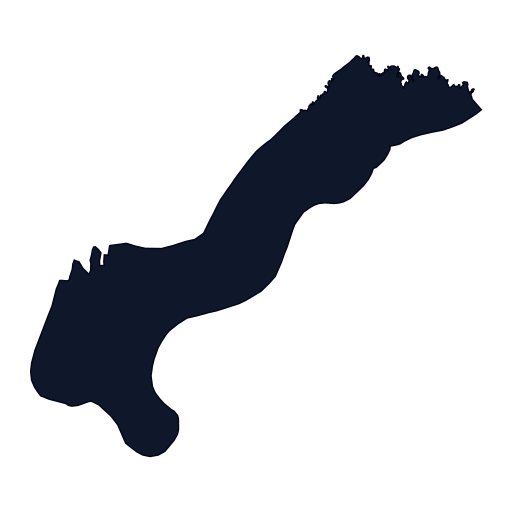 the district of Hadxaifong, Vientiane [prefecture], Laos
{"feature_id": "54806243B62960887748037", "entity_name": "Hadxaifong", "entity_type": "district", "adm_level": 2, "iso_a3": "LAO", "parent_name": "Laos", "parent_adm1": "Vientiane [prefecture]", "projection": "equal_earth", "projection_center": [102.809, 17.911], "detail": "fine", "context": "isolated", "style": "filled", "palette": "ink", "viewbox_px": 512, "rotation_deg": 0, "n_neighbors": 0, "source": "geoboundaries", "source_scale": "gbopen_adm2", "svg_char_len": 5762}
<svg xmlns="http://www.w3.org/2000/svg" viewBox="0 0 512 512"><path d="M429.5,67.1L428.7,67.4L428.2,68.2L429.3,69.8L429.3,70.4L428.5,72.6L428.2,75.0L428.0,75.7L427.4,76.6L426.8,76.9L426.1,77.0L425.5,76.6L425.1,76.6L423.8,77.4L423.6,77.3L423.4,76.8L423.5,76.0L423.3,75.6L421.8,74.4L421.4,74.6L421.3,75.1L422.0,76.7L421.7,77.1L421.3,77.0L421.1,76.5L420.8,76.4L420.2,77.2L419.9,77.1L419.8,76.2L418.7,75.9L418.4,75.4L418.5,74.5L419.1,73.0L418.9,72.0L418.2,71.1L415.6,69.8L414.6,69.8L414.2,70.1L413.3,73.0L412.7,74.3L412.2,75.0L412.0,75.8L412.1,76.5L413.7,80.0L413.8,81.1L413.6,81.3L413.0,81.1L412.6,80.6L412.4,79.3L411.6,77.3L411.1,76.3L410.2,75.3L409.3,75.2L408.0,75.9L407.6,76.7L407.7,78.1L408.0,78.8L409.0,80.0L409.2,80.7L408.9,81.2L408.6,82.9L408.2,83.6L407.7,83.7L406.9,82.4L406.4,82.0L406.0,82.3L405.0,84.3L404.2,87.8L403.9,88.0L403.2,86.9L400.6,84.8L400.5,84.4L401.1,84.3L401.3,84.1L401.2,83.5L400.8,83.1L400.6,81.9L401.1,80.7L402.2,79.2L403.4,79.1L403.7,78.7L403.6,78.2L401.4,76.1L401.0,75.3L400.7,73.8L399.7,72.6L399.3,72.6L398.7,73.0L398.0,74.4L398.6,75.9L398.5,76.6L398.0,76.9L396.9,76.6L396.7,76.1L397.7,73.0L397.8,71.9L398.8,70.9L399.4,69.0L399.2,68.7L398.4,68.3L398.2,67.9L398.3,67.0L397.9,66.5L397.1,67.4L395.9,67.2L394.9,66.5L393.7,66.0L391.6,66.1L390.7,66.5L390.3,67.3L389.9,67.4L389.5,67.3L388.3,66.4L387.9,66.5L387.8,66.9L388.1,67.4L388.6,67.8L388.7,68.3L388.6,69.2L387.7,70.4L387.4,70.2L387.3,69.8L387.1,69.4L385.9,69.7L385.5,69.2L385.1,69.2L384.8,69.5L384.2,72.8L383.8,73.1L383.3,72.9L382.9,72.9L382.4,74.4L382.0,74.5L381.7,74.0L381.2,73.8L380.9,74.1L380.5,75.5L379.9,75.9L379.6,75.6L379.7,74.4L379.5,73.8L379.2,73.7L378.9,73.9L378.8,74.9L378.2,75.6L377.5,74.8L377.4,73.6L377.1,73.1L375.2,72.6L374.3,72.1L373.8,71.4L373.6,69.7L373.0,69.2L372.0,69.4L371.0,68.4L371.2,67.2L371.1,65.8L370.3,65.6L369.2,65.8L368.9,65.1L368.8,64.3L369.0,63.2L368.9,62.7L368.8,62.4L368.0,62.0L368.0,61.3L369.3,61.1L369.3,58.8L368.9,57.4L367.2,57.2L366.0,58.2L364.1,58.2L363.7,55.7L363.2,55.5L362.7,56.0L362.9,57.6L362.5,58.2L361.3,58.5L360.2,58.2L359.2,56.9L357.1,55.8L356.0,56.1L354.2,58.2L349.3,62.8L342.7,67.8L341.9,68.7L334.5,73.8L333.6,74.6L333.3,75.4L332.6,76.1L333.4,77.9L333.5,79.1L333.4,79.5L332.3,78.7L331.6,78.7L331.6,79.3L332.4,80.1L332.4,80.6L332.0,80.4L331.6,80.7L331.3,81.6L330.9,81.6L330.4,81.0L329.6,80.8L328.9,81.1L328.4,81.8L328.1,83.1L328.2,83.8L328.4,84.2L329.1,84.6L329.5,85.5L329.5,86.6L329.2,87.4L328.8,87.2L328.5,86.1L328.3,86.0L327.5,86.9L326.2,85.9L325.8,85.7L325.3,85.9L325.3,86.6L326.0,87.3L327.6,88.2L327.9,89.0L327.4,91.6L327.0,92.8L326.5,93.0L325.9,92.8L325.4,91.7L325.1,91.5L324.8,91.5L324.4,91.7L324.1,92.3L324.2,94.0L323.9,94.2L323.4,94.0L322.7,94.0L322.5,94.3L322.4,95.4L322.0,95.5L321.2,95.1L320.7,95.3L320.2,98.0L319.4,98.4L319.0,98.0L318.7,96.1L318.1,95.9L317.5,97.7L317.7,99.9L317.6,100.3L316.5,100.5L316.2,100.9L314.9,102.7L314.7,103.7L314.0,103.7L313.1,102.0L312.6,102.0L312.3,102.5L312.5,104.3L312.2,104.8L311.5,104.5L311.0,104.0L310.5,104.2L310.5,105.2L309.6,105.2L308.9,106.5L308.9,107.1L308.6,108.3L307.9,109.2L307.3,110.8L304.5,110.3L303.4,110.7L302.4,110.0L300.9,109.6L300.3,110.0L300.4,111.9L300.2,112.5L291.6,120.2L284.6,126.1L275.0,135.8L270.2,140.3L267.7,141.9L260.5,147.7L256.5,151.3L252.1,156.4L247.6,162.0L235.0,178.8L231.3,184.4L228.2,188.6L220.3,200.1L215.9,208.6L213.6,213.5L210.0,220.2L203.7,233.2L194.8,239.5L185.7,241.5L172.8,245.7L161.6,248.6L145.4,248.4L135.9,246.3L126.5,243.4L109.7,245.6L108.2,255.1L104.3,254.9L103.8,261.6L104.2,265.4L99.6,265.7L99.5,260.5L100.9,252.9L98.5,249.7L95.3,246.8L93.7,247.0L92.4,250.0L91.8,254.3L90.2,260.2L90.9,263.7L90.7,270.4L89.0,274.4L82.9,268.4L78.8,261.6L76.6,261.2L74.3,260.1L72.9,263.9L72.3,269.4L69.7,277.1L69.4,279.7L67.7,280.8L65.3,280.8L61.2,280.4L59.7,280.6L58.4,284.2L56.4,288.9L52.0,306.3L48.2,315.7L35.0,350.3L31.7,362.8L30.7,371.6L31.6,380.1L34.5,386.9L37.2,391.1L40.7,395.8L49.3,399.2L64.7,403.2L66.4,403.8L68.3,405.3L71.7,406.1L77.8,405.4L89.0,401.4L91.7,401.3L98.8,404.8L111.3,416.3L117.8,424.9L125.7,443.1L129.3,446.1L136.7,451.7L142.6,454.9L150.0,456.5L158.3,455.0L164.9,451.3L174.1,440.2L177.5,434.1L178.5,429.3L178.4,418.8L177.6,415.6L174.2,411.3L170.7,409.2L163.8,403.4L159.7,398.9L155.1,392.8L152.4,386.6L151.0,375.8L152.4,365.8L154.0,359.2L158.0,347.9L161.5,341.5L166.0,334.6L169.0,330.9L177.9,323.8L186.8,318.1L197.1,315.7L208.3,312.6L216.4,310.8L239.1,303.5L245.9,300.2L261.1,291.1L269.2,283.2L275.2,276.4L281.7,261.5L284.0,254.5L287.0,247.2L293.0,228.8L294.7,224.4L303.3,212.2L309.2,208.0L313.7,205.3L319.0,203.4L325.3,202.8L334.1,203.4L339.2,202.9L343.7,201.7L350.1,198.4L363.4,185.7L368.3,179.4L371.6,173.2L373.3,168.3L376.1,167.4L380.4,163.5L384.3,159.6L387.8,153.8L389.8,149.5L390.2,146.1L397.3,144.7L400.1,143.8L404.5,141.0L411.9,137.5L420.4,134.8L431.5,132.2L443.2,130.0L454.2,126.1L462.1,122.9L475.4,114.3L481.3,109.8L472.2,99.3L471.4,96.3L470.9,95.4L471.0,93.9L471.5,93.0L473.2,91.4L473.5,90.2L474.0,89.5L473.8,89.0L473.4,88.9L472.4,89.2L471.7,89.9L471.0,91.5L470.1,92.2L469.1,92.3L468.2,90.0L467.4,86.7L467.8,84.6L467.3,82.4L464.6,81.9L463.5,82.0L462.6,82.8L463.1,83.5L463.3,84.9L460.4,88.1L460.0,87.9L459.7,87.6L459.7,84.9L458.9,84.6L458.5,84.9L458.3,85.9L457.9,86.5L457.1,86.3L455.6,86.5L454.8,86.3L454.3,85.2L453.8,84.7L453.2,84.9L452.5,86.0L451.4,86.6L450.5,87.5L450.2,87.7L449.4,87.5L448.5,86.6L448.1,84.9L447.4,84.2L447.1,83.4L447.1,82.6L447.6,81.6L447.9,79.9L447.2,79.8L446.6,80.3L446.0,80.3L444.8,79.3L444.1,77.9L443.9,77.3L442.3,76.8L442.0,76.1L441.5,75.7L440.8,75.4L439.2,78.2L438.4,78.9L437.9,78.6L437.8,77.5L438.4,76.5L439.2,75.7L439.7,74.3L439.7,73.2L439.6,72.3L438.6,70.6L437.6,67.6L437.0,67.2L436.3,67.2L435.2,67.5L433.8,68.5L431.8,68.7L430.8,68.2L429.5,67.1Z" fill="#0f172a" stroke="#020617" stroke-width="1.5"/></svg>